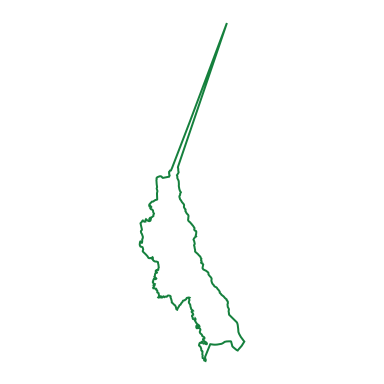 Ndia, Central, Kenya (orthographic projection)
{"feature_id": "3690345B479778676508", "entity_name": "Ndia", "entity_type": "district", "adm_level": 2, "iso_a3": "KEN", "parent_name": "Kenya", "parent_adm1": "Central", "projection": "orthographic", "projection_center": [37.226, -0.467], "detail": "fine", "context": "isolated", "style": "outline", "palette": "green", "viewbox_px": 384, "rotation_deg": 0, "n_neighbors": 0, "source": "geoboundaries", "source_scale": "gbopen_adm2", "svg_char_len": 6126}
<svg xmlns="http://www.w3.org/2000/svg" viewBox="0 0 384 384"><path d="M237.7,350.5L238.1,349.9L241.7,345.8L244.3,341.6L240.8,336.9L239.1,333.8L238.4,331.9L238.2,328.9L237.7,324.9L237.3,323.3L236.8,322.3L229.1,314.7L229.1,314.2L228.9,313.8L229.0,313.3L228.6,311.4L228.9,309.5L228.7,308.6L227.8,307.0L227.7,306.3L227.5,304.3L227.9,303.2L227.8,302.6L227.9,302.0L227.4,300.9L227.0,300.6L226.9,300.1L226.5,299.8L226.5,299.3L224.9,298.0L223.7,296.5L221.4,294.7L220.9,293.9L219.7,292.7L219.7,291.6L218.7,290.2L217.3,288.6L216.8,287.7L216.1,287.2L215.0,286.7L214.3,286.2L213.8,285.2L212.9,284.3L212.6,283.9L212.0,282.8L211.4,280.8L211.6,278.8L211.5,278.3L210.8,277.2L209.9,276.3L208.5,274.5L208.4,272.9L208.1,272.4L206.1,270.8L203.4,269.5L202.7,268.5L202.5,268.0L203.2,264.5L202.7,264.0L202.5,263.4L201.5,263.2L201.1,262.7L201.2,262.2L201.6,261.7L201.6,261.1L201.0,260.1L201.4,258.8L200.7,257.8L200.3,256.6L198.9,255.3L197.9,254.1L195.4,251.9L195.1,251.5L195.1,249.9L194.7,248.3L194.4,246.2L194.1,245.7L194.1,245.1L194.7,244.0L194.7,243.5L194.2,241.2L193.5,239.6L194.0,238.5L195.3,236.9L195.8,236.7L196.2,236.4L195.7,235.4L196.1,234.2L196.3,231.8L196.1,231.3L195.8,230.9L194.8,230.5L194.4,230.0L194.2,229.3L194.5,228.4L194.4,227.8L194.0,227.3L192.9,225.6L192.1,224.8L191.5,223.9L191.0,223.5L190.3,222.5L188.7,221.2L188.2,220.4L188.1,219.2L188.3,218.7L188.3,217.6L188.5,216.7L188.4,215.4L188.2,215.0L186.6,213.3L185.8,211.7L185.5,211.4L185.6,210.9L185.3,209.9L185.5,209.4L184.8,208.7L184.1,207.5L183.9,206.9L184.1,205.3L183.9,204.4L181.8,201.9L181.0,200.4L180.1,199.3L179.4,196.9L179.4,196.2L180.1,194.9L180.2,193.5L180.9,192.3L179.9,190.8L179.3,188.9L178.8,186.0L178.9,184.3L178.7,181.2L178.4,180.3L177.4,178.3L177.3,177.7L177.4,176.8L176.9,175.2L177.2,174.9L178.6,172.5L178.6,172.0L178.3,171.0L178.2,168.5L177.9,167.5L178.1,166.5L226.9,23.0L189.8,121.8L172.2,167.6L171.0,170.4L170.0,170.6L169.9,171.0L169.2,171.7L169.0,172.1L169.3,172.9L169.1,173.4L169.1,173.8L169.4,174.6L169.3,175.1L169.6,175.5L169.1,176.7L162.9,177.9L162.5,177.7L161.4,176.5L160.1,176.2L158.8,176.6L157.3,177.2L156.5,178.2L156.7,179.1L156.4,180.1L156.5,181.2L156.7,184.4L157.1,187.1L156.7,188.3L156.7,188.7L157.3,190.5L157.4,191.4L157.0,193.1L157.0,194.2L157.2,199.3L156.9,199.7L155.4,200.0L153.0,201.6L152.0,201.6L150.6,203.0L149.4,204.4L149.2,205.0L149.2,205.6L149.4,206.2L149.9,206.1L150.4,205.9L151.3,207.0L151.0,207.5L150.3,207.9L150.3,208.4L151.1,209.3L152.2,209.6L153.0,210.5L153.1,211.5L153.3,212.5L154.0,213.6L153.4,214.9L153.4,216.0L152.0,217.1L151.2,217.5L150.1,217.8L149.4,218.7L149.3,219.2L149.5,219.5L150.1,219.2L150.8,219.2L150.5,220.5L150.1,220.9L149.6,221.1L148.8,221.1L148.1,220.8L147.2,220.3L146.0,219.2L145.7,219.6L145.7,220.1L145.4,220.6L145.4,221.6L144.3,221.7L143.1,221.0L142.8,220.5L142.5,220.7L141.4,222.4L140.8,222.8L140.5,223.3L141.9,229.4L141.8,230.0L141.0,231.0L140.9,231.5L141.1,232.4L141.2,232.9L141.9,234.0L142.8,236.6L142.9,237.1L142.6,238.7L142.2,239.3L142.2,241.5L142.0,242.7L141.6,242.8L140.3,241.6L140.0,242.1L139.7,244.4L139.9,245.5L140.4,246.5L140.7,246.7L141.3,246.7L142.5,247.2L142.9,248.2L143.2,249.5L142.7,251.1L142.9,251.6L145.9,254.5L147.5,256.3L148.4,257.8L148.9,258.1L149.5,258.2L150.7,258.0L151.5,258.5L151.8,258.1L152.0,257.6L152.5,257.2L152.8,257.5L152.9,259.4L153.0,260.0L153.7,260.8L155.0,261.5L156.3,261.5L157.7,262.0L158.0,262.3L158.0,262.7L158.2,264.0L158.4,264.5L158.6,266.4L158.8,267.4L158.3,268.6L158.3,269.7L158.0,270.1L157.3,269.9L156.6,270.0L155.8,270.7L155.7,271.2L155.8,271.6L156.7,272.0L157.0,272.4L156.8,272.8L155.6,273.1L155.3,273.4L155.0,274.5L154.8,276.1L154.4,276.7L156.0,278.1L156.3,278.6L155.8,279.1L155.2,279.2L154.3,278.6L153.9,278.8L153.2,280.4L153.1,281.6L152.8,282.0L152.9,282.5L154.0,283.9L154.8,284.1L154.5,284.7L154.0,285.0L154.6,285.2L154.5,285.6L154.1,286.0L153.1,287.8L153.4,288.3L154.4,288.2L155.4,288.8L156.0,288.7L156.3,289.1L156.2,289.7L157.1,290.4L157.3,290.8L157.4,291.4L157.2,292.0L157.3,292.4L158.6,293.2L159.2,296.7L158.5,297.0L158.2,297.4L158.5,297.6L159.0,297.5L159.4,297.1L159.8,297.4L160.3,297.4L160.6,297.0L160.6,296.3L161.1,296.4L161.7,297.5L162.5,297.4L163.3,296.4L163.9,296.7L164.4,297.1L164.9,296.7L165.6,296.6L166.1,296.8L167.1,296.5L167.4,295.9L168.1,295.5L168.7,295.5L170.0,295.8L170.5,296.2L170.7,296.8L170.5,297.4L171.2,299.1L171.5,300.3L171.8,301.5L171.8,302.5L172.9,303.4L174.1,304.7L175.1,305.4L175.8,306.8L176.4,309.2L176.7,309.5L177.2,309.7L177.6,308.5L179.1,306.2L179.3,305.6L179.6,305.2L180.5,304.7L181.2,303.4L182.6,301.7L182.9,300.9L183.2,300.6L184.7,300.3L185.1,299.8L186.1,299.3L186.6,298.2L186.9,297.9L188.3,297.6L188.9,297.5L189.5,297.7L188.9,298.4L189.3,299.2L189.4,300.5L188.9,301.3L188.9,302.7L190.2,304.7L190.5,306.8L190.9,307.8L191.3,309.2L192.0,310.0L192.6,310.3L193.0,310.8L192.1,311.2L191.7,311.5L191.7,312.1L192.7,313.1L193.2,314.2L193.2,314.8L192.3,315.3L192.0,315.7L192.0,316.3L192.7,317.5L192.7,318.5L193.0,319.0L193.8,319.3L194.5,319.4L195.0,319.1L195.2,318.5L195.5,318.9L195.5,319.8L195.2,320.2L195.0,320.7L195.5,321.6L196.8,323.7L199.1,325.5L199.4,326.2L198.1,326.7L197.8,326.4L197.5,325.7L196.9,325.5L196.4,325.9L196.3,326.4L196.3,327.3L196.4,327.7L196.8,328.2L197.4,328.2L199.1,328.0L199.7,328.2L200.0,328.7L200.4,329.5L200.3,330.3L199.8,331.6L199.8,332.2L200.0,332.8L200.6,333.6L201.5,334.3L201.9,334.8L202.1,335.5L202.3,336.0L204.1,337.2L204.4,337.6L204.5,338.1L204.3,338.7L203.0,339.2L203.0,339.8L203.2,340.2L204.8,341.6L206.3,342.5L206.9,343.4L206.9,343.9L206.6,344.2L205.9,344.1L205.1,343.6L204.5,343.4L203.4,343.6L203.0,343.1L202.4,342.1L201.8,341.8L201.4,342.1L201.4,342.5L201.2,342.9L200.1,342.8L199.6,343.2L199.2,344.4L199.0,345.3L199.2,345.7L200.2,346.5L200.5,346.9L201.2,348.6L201.3,350.3L201.7,350.9L202.2,351.0L202.5,351.5L202.3,354.4L202.7,355.4L202.5,356.5L202.6,357.5L202.7,358.1L204.0,358.6L204.2,360.4L205.5,361.0L205.8,360.1L205.7,359.6L205.3,358.7L205.1,356.9L210.0,344.8L210.3,344.2L214.2,344.7L216.9,344.6L221.6,343.8L223.3,342.9L224.6,341.9L225.9,341.6L226.9,341.4L230.7,341.3L231.1,341.6L231.2,342.0L232.4,346.4L233.2,347.2L236.6,350.0L237.7,350.5Z" fill="none" stroke="#15803d" stroke-width="2"/></svg>